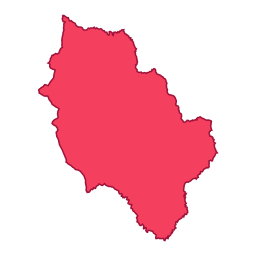 Calvas, Loja, Ecuador
{"feature_id": "8360857B77805583896778", "entity_name": "Calvas", "entity_type": "district", "adm_level": 2, "iso_a3": "ECU", "parent_name": "Ecuador", "parent_adm1": "Loja", "projection": "natural_earth1", "projection_center": [-79.585, -4.34], "detail": "fine", "context": "isolated", "style": "filled", "palette": "rose", "viewbox_px": 256, "rotation_deg": 0, "n_neighbors": 0, "source": "geoboundaries", "source_scale": "gbopen_adm2", "svg_char_len": 5803}
<svg xmlns="http://www.w3.org/2000/svg" viewBox="0 0 256 256"><path d="M123.8,29.7L121.7,29.9L120.5,31.2L119.7,31.1L119.1,32.3L117.8,31.7L117.0,33.0L115.5,32.1L113.9,32.3L113.3,35.4L112.6,34.9L112.2,32.8L111.3,32.3L110.7,31.6L109.7,31.5L109.2,31.8L109.3,34.7L108.5,35.0L107.5,34.3L106.8,32.2L105.9,32.4L104.8,31.9L104.2,30.7L103.1,30.7L101.0,28.7L98.8,29.2L96.7,27.9L95.5,28.7L94.2,27.2L93.2,28.0L90.4,28.0L89.6,28.7L88.3,28.1L87.3,29.4L86.2,30.1L83.8,30.0L83.1,29.4L82.4,28.0L81.4,27.2L78.5,27.0L77.2,26.4L76.0,25.3L75.1,23.3L73.2,22.4L71.1,20.6L70.4,21.0L69.7,20.8L69.0,20.0L68.3,17.7L66.9,17.6L63.8,15.4L63.1,15.5L63.6,16.0L62.7,16.7L62.6,18.1L62.2,18.7L63.1,21.6L64.4,22.0L65.5,21.4L63.8,23.9L63.9,26.9L63.6,27.3L63.6,29.0L64.0,29.6L62.9,33.3L63.1,34.4L62.5,35.8L61.8,40.3L62.1,41.9L61.9,45.7L62.4,47.3L61.4,47.9L60.3,49.2L59.2,51.9L58.9,53.1L57.3,54.0L55.5,53.5L54.9,54.2L53.5,54.7L53.3,55.3L52.0,55.4L51.6,56.2L51.3,57.6L50.5,58.3L50.1,60.8L49.3,62.2L48.1,63.0L49.0,63.3L49.9,64.4L49.7,66.5L50.4,68.0L53.0,69.3L55.2,70.0L54.1,74.0L53.6,77.9L50.2,82.1L48.2,85.6L44.9,84.6L44.3,85.0L43.3,86.6L41.9,87.2L39.1,89.4L38.7,90.1L39.2,91.7L39.1,92.9L43.8,95.8L45.0,96.1L47.8,96.1L49.2,99.7L51.1,102.0L52.1,104.3L56.1,107.1L57.8,107.8L59.1,109.0L58.0,111.0L57.6,113.4L57.6,114.7L58.2,117.2L57.6,118.2L54.5,119.7L53.0,121.2L52.6,121.8L52.1,123.6L53.9,125.1L55.9,126.0L56.3,126.8L57.5,127.9L57.4,129.0L57.8,129.6L57.6,130.8L56.2,132.2L56.8,136.5L58.4,139.4L59.5,144.8L62.2,149.7L66.4,159.9L66.1,162.2L67.1,162.7L68.2,163.9L71.1,165.6L72.7,167.2L73.5,167.5L75.6,169.6L78.2,170.0L80.3,171.2L83.9,175.6L85.6,180.1L85.5,182.8L86.4,187.4L86.1,190.3L87.1,192.3L87.5,191.9L88.2,192.3L89.4,192.0L91.0,189.5L91.7,189.2L92.4,189.6L92.9,189.3L93.6,187.7L95.1,188.5L95.5,188.4L95.8,187.3L96.8,185.9L98.3,185.1L99.0,183.9L101.4,185.2L102.6,185.4L104.6,183.6L105.6,185.0L107.9,186.2L109.1,186.5L110.6,186.4L111.5,187.0L112.4,186.9L113.5,187.5L114.6,188.9L118.7,191.0L118.8,192.4L119.4,193.8L120.5,194.0L121.3,193.6L121.9,193.9L122.1,194.3L121.9,195.2L121.4,195.5L121.3,196.1L121.5,196.3L122.2,196.0L122.9,196.4L122.7,197.0L123.0,197.7L123.9,197.4L124.3,197.8L124.9,197.3L126.0,197.0L127.3,197.3L126.6,199.5L127.6,200.0L128.7,199.7L129.1,200.0L128.0,203.4L130.2,204.7L130.9,204.3L131.7,204.5L131.5,206.1L130.9,207.6L131.1,208.5L131.9,208.6L132.7,209.1L132.9,210.8L134.4,211.8L137.8,215.8L137.7,216.3L136.5,217.5L137.6,220.4L137.0,221.1L137.0,221.8L138.4,222.6L139.6,225.0L140.2,225.5L141.0,225.5L142.5,224.2L143.9,226.2L143.4,228.1L143.7,228.8L144.6,228.5L145.4,227.6L146.1,227.9L146.4,228.6L145.8,230.5L146.6,231.8L147.3,232.3L147.6,232.2L147.7,231.0L148.2,230.5L149.4,230.3L151.0,231.0L153.0,231.4L153.1,232.3L153.6,233.1L155.8,234.5L156.2,235.2L155.7,237.6L155.9,238.5L157.2,238.5L158.4,237.9L159.6,238.6L162.5,238.6L163.0,238.3L163.7,238.8L164.1,240.3L164.9,240.6L166.1,237.9L168.0,238.6L168.3,237.6L167.6,237.4L167.5,236.8L167.9,236.0L168.3,235.9L168.6,236.6L169.2,236.3L170.7,234.9L171.4,232.8L172.0,233.1L172.2,232.8L171.9,232.7L172.0,232.1L172.9,231.4L172.3,230.3L172.4,230.0L174.2,229.9L175.0,228.4L175.9,228.0L175.8,227.6L174.9,227.1L174.9,225.6L175.1,225.1L175.9,224.7L175.7,222.7L175.9,221.9L176.6,221.6L177.3,222.2L178.5,219.9L181.5,218.1L182.8,216.1L183.4,215.9L183.8,216.7L184.7,214.2L185.0,214.0L185.9,214.5L186.6,214.3L187.1,212.9L187.7,212.4L187.5,210.3L187.0,209.3L187.1,207.3L185.3,206.7L185.2,206.3L185.9,205.7L184.9,204.8L185.3,204.0L186.2,203.6L184.9,201.0L185.0,199.8L184.7,199.5L185.5,197.3L184.2,197.0L184.0,196.8L184.2,195.0L184.5,195.0L185.0,195.9L186.2,193.5L185.1,193.5L185.1,191.9L183.8,191.1L183.6,190.2L184.2,185.3L185.3,182.8L187.0,182.0L188.4,182.2L189.1,181.6L190.5,181.0L192.2,179.3L193.8,178.5L195.5,178.2L196.2,179.1L197.4,177.6L198.3,177.3L197.6,175.6L198.1,174.9L199.3,174.5L199.7,173.6L200.4,173.7L200.6,171.7L202.1,171.8L202.8,171.1L203.8,169.2L206.0,168.2L206.6,167.5L207.7,167.9L208.6,167.6L209.1,166.7L208.9,164.7L209.2,163.9L209.0,161.0L210.8,160.2L211.8,161.0L212.4,160.8L213.3,157.7L214.5,156.4L215.4,154.2L216.2,153.0L217.3,152.8L215.8,150.9L215.9,150.1L215.4,149.5L214.5,147.2L214.3,144.7L215.3,143.1L214.4,142.8L213.5,141.4L214.1,139.6L212.8,138.8L212.9,137.6L212.3,136.9L211.3,136.3L210.1,136.3L209.1,133.6L209.3,131.9L210.2,131.3L210.6,130.5L211.8,130.2L211.0,128.0L210.7,125.2L211.1,124.2L210.9,122.5L211.3,122.3L211.4,121.3L211.1,120.9L208.7,120.0L208.0,120.3L207.3,120.0L206.6,120.2L205.1,119.6L203.2,118.5L202.5,118.4L200.1,116.8L198.5,117.7L197.9,117.5L196.6,118.6L197.0,119.7L196.2,120.0L195.5,119.7L193.0,120.6L192.7,120.1L192.0,120.7L191.1,120.5L190.5,121.2L189.5,121.5L188.5,120.5L187.1,120.3L185.8,121.8L185.0,122.2L183.6,122.0L182.7,120.5L181.2,118.8L181.0,118.2L181.6,116.4L181.4,114.1L179.5,112.7L178.9,109.9L178.4,109.6L178.8,107.9L178.2,106.2L177.0,105.8L176.6,105.4L176.2,105.5L175.6,104.1L176.1,102.9L176.3,100.8L175.1,97.7L174.4,96.6L173.3,95.7L168.5,94.4L167.4,92.7L167.1,91.4L167.2,90.4L167.5,89.9L166.6,87.7L166.4,84.7L166.9,83.3L166.0,81.3L165.8,80.0L165.0,78.8L163.8,78.3L162.8,76.8L161.7,76.5L160.8,75.4L156.9,74.0L156.6,73.1L155.7,72.1L155.6,70.0L154.8,68.9L153.9,68.7L153.0,69.6L152.0,69.5L151.8,70.9L151.5,70.9L151.1,71.5L150.0,71.5L148.3,72.6L147.0,72.6L146.3,73.4L144.6,72.6L141.9,73.2L141.4,72.2L138.9,72.4L137.5,71.8L137.0,71.2L137.1,69.6L135.7,68.2L135.5,66.9L136.0,65.5L135.8,64.7L136.8,64.5L137.5,61.7L137.0,61.1L137.2,60.0L136.6,59.2L136.8,58.5L136.5,57.8L136.6,56.9L135.4,54.8L135.5,53.3L134.7,52.0L135.7,51.5L135.8,49.6L136.4,48.8L135.4,48.0L134.5,46.3L134.1,45.0L133.5,44.0L133.5,42.6L132.4,40.9L132.2,39.7L131.8,39.5L131.2,40.1L130.7,40.0L130.5,39.3L130.7,37.8L129.2,37.9L128.7,36.1L128.1,35.9L127.4,35.0L126.4,34.9L126.0,34.0L124.9,33.8L124.1,31.8L123.4,31.0L123.8,29.7Z" fill="#f43f5e" stroke="#9f1239" stroke-width="1.5"/></svg>